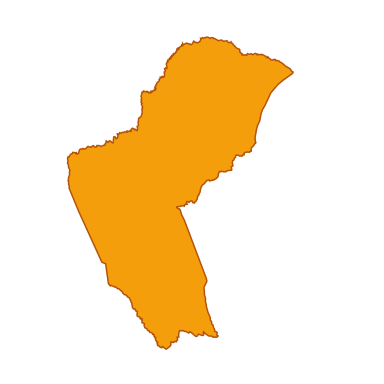 Isiolo South, Eastern, Kenya (Equal Earth projection), rotated 350°
{"feature_id": "3690345B50246984625368", "entity_name": "Isiolo South", "entity_type": "district", "adm_level": 2, "iso_a3": "KEN", "parent_name": "Kenya", "parent_adm1": "Eastern", "projection": "equal_earth", "projection_center": [38.678, 0.562], "detail": "fine", "context": "isolated", "style": "filled", "palette": "amber", "viewbox_px": 384, "rotation_deg": 350, "n_neighbors": 0, "source": "geoboundaries", "source_scale": "gbopen_adm2", "svg_char_len": 5937}
<svg xmlns="http://www.w3.org/2000/svg" viewBox="0 0 384 384"><g transform="rotate(350 192 192)"><path d="M191.1,279.7L179.6,218.6L177.8,212.5L177.3,207.6L176.6,206.4L175.4,206.0L174.2,204.5L174.7,203.9L177.5,204.2L180.1,203.7L181.9,204.6L182.7,203.1L185.1,203.3L184.7,201.4L185.3,200.4L187.3,201.7L188.7,200.7L189.9,200.6L190.5,200.9L190.9,202.6L192.6,203.3L192.9,202.4L194.3,201.8L195.7,200.1L197.1,196.9L198.3,196.1L198.7,194.9L199.8,193.7L201.2,189.9L202.8,187.6L204.0,186.5L205.2,186.2L208.4,183.4L210.7,183.0L211.4,184.3L212.8,183.9L214.3,184.1L215.1,183.6L216.1,183.9L217.0,183.2L217.6,183.3L220.1,181.6L221.9,177.4L222.7,176.6L223.7,177.1L224.6,176.7L226.3,177.5L228.9,178.0L230.5,177.1L234.7,177.4L235.1,176.7L235.0,175.0L235.3,173.7L236.5,173.6L237.0,172.7L236.7,170.5L237.5,168.2L238.9,167.7L239.4,166.3L240.9,165.2L241.4,163.8L242.1,163.3L244.3,164.0L245.3,165.0L246.4,164.9L247.4,165.4L248.5,164.3L249.6,164.6L249.9,164.3L249.8,163.2L250.5,162.5L252.6,162.1L255.6,162.8L256.1,162.2L257.4,162.1L257.6,160.5L258.3,158.7L261.1,156.8L261.7,155.7L263.0,155.1L263.5,154.1L263.1,153.7L263.6,149.1L266.7,140.8L268.0,138.1L271.0,133.8L273.6,126.9L275.8,123.1L279.0,119.3L286.9,108.0L295.1,101.2L301.0,97.8L311.6,92.7L312.4,91.5L311.1,90.3L310.0,87.7L305.8,84.1L303.3,80.9L301.1,79.1L300.4,78.0L299.2,77.7L298.6,77.1L297.4,77.2L297.0,76.1L296.4,76.1L296.0,75.6L294.3,76.0L292.6,75.6L291.9,74.3L291.1,73.8L290.1,72.0L289.1,72.8L288.3,71.3L284.7,68.5L284.1,68.9L281.8,68.1L280.8,68.4L280.6,67.8L279.9,68.0L279.9,67.4L278.3,66.5L275.5,67.3L274.4,66.1L272.5,66.3L271.3,65.8L270.6,66.2L270.4,65.6L269.4,66.8L268.3,66.1L266.4,66.3L265.6,65.0L265.1,65.5L264.5,63.6L263.7,63.1L263.8,62.5L263.3,61.9L263.8,60.4L263.2,59.3L262.2,59.1L260.6,57.7L259.1,55.1L258.5,54.8L257.7,52.6L256.5,52.0L256.5,50.9L255.6,51.4L253.8,51.1L252.8,49.2L249.2,49.0L247.4,47.4L244.3,47.6L241.1,44.9L240.1,44.7L239.8,43.9L237.7,43.3L236.4,43.9L234.7,42.3L232.8,42.0L232.1,42.5L231.1,42.2L230.2,42.6L229.0,41.7L227.6,43.0L227.2,42.5L227.2,43.3L225.7,45.3L222.8,46.1L221.8,45.1L221.2,45.2L220.0,43.9L220.1,43.2L218.3,45.9L217.2,46.6L215.9,46.5L215.7,45.9L213.2,45.0L212.8,44.4L209.0,45.3L208.6,44.3L208.3,46.1L207.4,45.4L207.1,46.5L205.5,46.8L203.7,49.0L203.4,47.7L202.2,48.4L202.4,49.3L201.7,49.2L201.0,51.4L200.4,51.2L199.6,52.5L198.2,52.4L198.0,53.5L197.2,53.1L197.1,54.2L196.3,54.1L196.1,54.8L195.7,54.4L195.5,55.1L194.8,55.0L194.7,56.4L194.1,57.3L193.7,57.2L193.5,56.2L192.6,56.9L192.4,57.9L191.1,57.8L190.7,58.7L191.0,59.7L189.9,59.8L189.3,61.3L188.9,61.4L189.0,65.0L188.7,65.8L188.2,66.0L187.4,65.2L186.3,66.0L186.8,67.8L186.3,68.8L185.4,69.1L185.4,72.0L184.7,73.0L184.7,73.7L183.6,74.1L183.0,73.0L182.4,73.1L182.3,73.6L181.7,73.4L181.2,74.3L180.6,73.7L180.4,74.5L179.2,75.4L179.2,76.7L176.1,78.7L175.8,79.8L174.6,80.7L174.6,81.7L173.9,82.1L174.5,84.0L174.2,84.2L173.6,83.4L173.5,85.0L172.7,84.5L172.2,85.7L170.3,85.6L170.2,86.4L169.6,86.8L169.0,85.9L168.4,87.1L167.8,86.4L166.6,86.9L165.9,85.5L165.1,85.9L164.9,85.0L163.2,85.1L162.0,84.1L161.2,85.0L160.3,84.8L158.5,88.9L158.6,91.3L157.8,92.4L158.3,93.4L157.4,94.6L158.2,96.1L157.5,96.5L157.4,97.2L158.2,99.2L157.6,100.0L157.8,101.3L157.0,101.8L156.9,104.8L154.9,109.0L152.9,109.7L152.1,110.5L151.7,112.5L151.0,113.7L151.0,116.1L150.5,117.3L149.3,118.0L149.5,119.3L148.8,122.0L148.1,121.7L147.0,120.4L146.2,120.8L145.8,119.7L144.3,118.8L142.4,120.4L142.8,121.3L142.3,121.8L141.1,121.1L140.1,121.4L138.8,120.6L138.5,121.8L138.1,122.0L137.2,121.2L136.1,121.0L134.9,121.7L133.6,121.1L132.1,121.8L131.1,121.0L129.9,122.5L129.3,121.9L128.5,121.8L128.7,123.5L128.5,124.8L127.8,125.9L126.8,126.4L126.5,126.4L126.2,125.0L125.5,124.0L124.6,124.1L123.6,126.9L123.2,129.4L122.7,129.9L122.2,129.9L120.6,127.7L119.6,127.2L118.0,128.5L116.5,126.8L115.7,128.6L114.6,129.8L114.4,130.8L113.1,130.6L110.4,131.4L108.7,130.1L107.6,130.1L106.8,129.7L106.3,129.8L105.3,131.2L103.9,130.8L103.0,129.2L101.6,129.5L100.9,130.2L100.2,129.9L99.7,130.2L98.4,129.9L98.1,129.2L97.3,129.0L94.6,131.0L93.6,131.0L91.7,130.1L91.0,130.7L89.9,130.3L88.5,130.9L87.0,134.2L85.4,134.7L84.9,134.4L85.0,133.3L84.0,133.7L83.7,132.9L81.4,132.3L81.0,133.2L78.9,133.8L77.2,136.0L76.2,135.7L75.6,136.3L75.2,138.1L75.4,139.1L74.4,142.2L75.0,143.5L74.7,145.9L75.5,149.4L74.7,151.4L74.4,153.9L72.9,156.3L72.3,159.1L72.0,159.2L72.2,160.4L71.8,163.2L72.2,165.3L71.6,166.7L77.1,191.6L90.9,244.9L91.2,245.6L94.5,247.7L93.8,267.8L95.1,270.1L95.4,269.7L97.3,270.6L99.3,272.2L100.3,272.1L102.0,274.4L103.1,274.5L105.2,277.3L106.0,277.7L106.1,279.0L106.8,280.3L107.6,281.3L109.2,282.1L110.0,283.1L110.2,284.1L111.9,285.3L113.4,291.4L113.3,294.6L113.7,296.5L114.0,297.0L115.6,297.4L115.9,299.3L117.1,299.9L117.3,300.5L116.4,303.9L116.6,304.8L119.3,306.6L119.5,307.0L118.9,307.7L119.1,308.1L120.9,308.3L120.3,309.6L120.5,310.4L120.0,311.9L122.3,313.5L121.6,315.1L122.1,317.5L123.8,319.0L124.5,320.9L125.7,321.3L126.1,323.0L127.0,323.1L128.7,324.5L128.5,325.4L130.0,326.1L129.6,327.2L129.9,328.4L130.8,328.8L130.4,329.1L130.7,332.3L131.5,333.2L131.4,334.2L132.0,334.3L131.3,335.6L131.7,336.1L131.5,337.1L133.1,338.2L133.1,338.6L134.2,339.7L135.3,340.1L136.1,339.0L138.8,342.0L139.5,342.3L143.9,339.9L144.6,338.9L144.9,336.6L145.4,335.9L146.9,336.9L147.9,336.9L148.7,336.1L150.5,336.8L151.3,335.6L152.2,335.0L152.1,332.5L153.8,332.6L154.1,330.1L155.1,327.2L156.1,326.3L157.1,326.9L158.7,326.8L160.5,328.0L161.9,328.3L163.9,330.2L164.7,330.2L165.5,329.2L165.9,329.2L170.8,335.0L172.4,334.7L173.6,333.1L177.2,335.1L178.3,335.1L178.7,334.4L178.7,332.4L179.2,331.7L180.6,333.9L183.5,336.7L186.2,337.3L187.7,338.7L188.8,338.6L189.9,339.2L191.2,339.3L192.7,338.3L191.6,337.0L192.4,334.7L191.3,333.6L190.1,333.2L190.4,331.1L189.7,329.4L189.6,326.8L188.5,325.4L188.8,323.0L187.8,321.4L188.2,318.9L186.8,313.0L186.3,307.1L186.5,305.3L186.2,302.4L186.8,299.4L186.4,294.6L186.8,293.2L187.2,288.0L191.1,282.6L191.1,279.7Z" fill="#f59e0b" stroke="#b45309" stroke-width="1.5"/></g></svg>